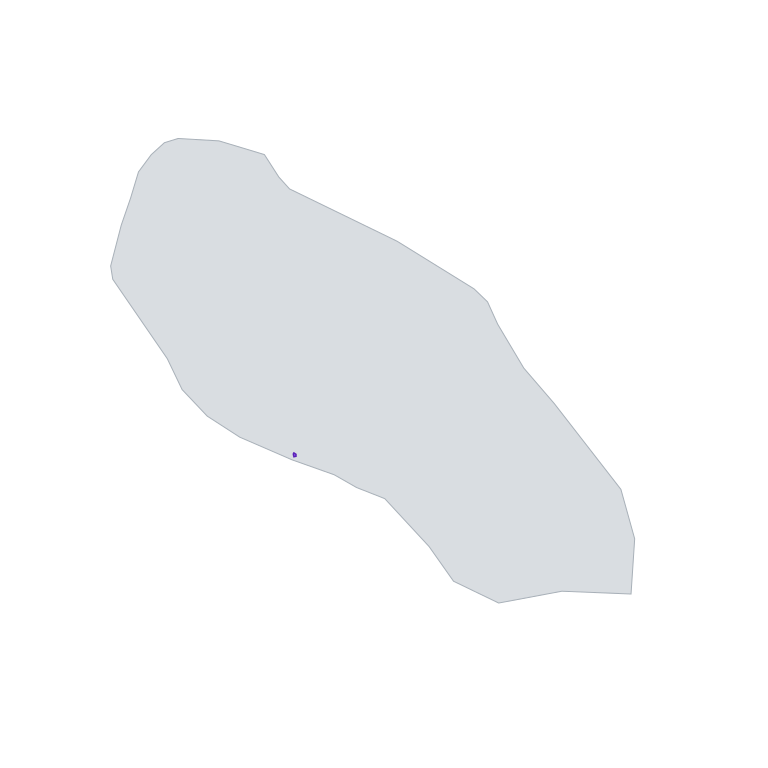 location of 6, Ad Dawhah, Qatar, rotated 126°
{"feature_id": "91078587B49650131193986", "entity_name": "6", "entity_type": "district", "adm_level": 2, "iso_a3": "QAT", "parent_name": "Qatar", "parent_adm1": "Ad Dawhah", "projection": "equal_earth", "projection_center": [51.544, 25.282], "detail": "fine", "context": "in_parent", "style": "filled", "palette": "violet", "viewbox_px": 768, "rotation_deg": 126, "n_neighbors": 0, "source": "geoboundaries", "source_scale": "gbopen_adm2", "svg_char_len": 783}
<svg xmlns="http://www.w3.org/2000/svg" viewBox="0 0 768 768"><g transform="rotate(126 384 384)"><path d="M410.0,689.9L382.5,698.3L356.7,707.3L335.2,707.1L317.9,703.5L306.4,694.9L284.3,660.4L268.7,615.6L278.4,590.7L281.7,575.1L260.8,457.3L254.1,367.0L256.7,348.5L268.8,327.2L289.0,280.2L299.7,234.9L330.0,130.4L361.9,90.2L408.7,60.7L447.1,118.3L493.8,162.5L502.7,211.8L489.0,252.0L476.3,316.0L483.9,345.4L486.7,370.9L499.4,413.8L511.8,469.4L513.9,508.1L507.2,544.0L490.9,574.2L458.7,665.0L449.2,674.5L410.0,689.9Z" fill="#d9dde1" stroke="#a8b0b8" stroke-width="1"/><path d="M492.6,413.9L492.7,416.4L493.1,416.4L493.7,416.3L494.1,416.1L494.6,415.5L495.0,415.1L495.2,414.9L495.7,414.2L495.8,414.1L494.2,412.7L492.6,413.9Z" fill="#8b5cf6" stroke="#5b21b6" stroke-width="1.5"/></g></svg>